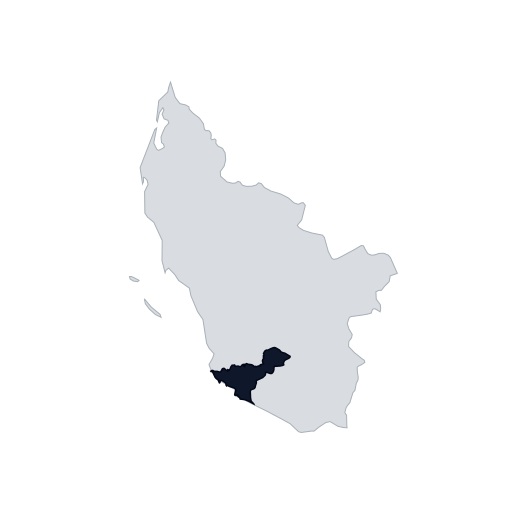 location of Cortés within Honduras, rotated 249°
{"feature_id": "HND-647", "entity_name": "Cortés", "entity_type": "Department", "adm_level": 1, "iso_a3": "HND", "parent_name": "Honduras", "parent_adm1": "", "projection": "robinson", "projection_center": [-87.947, 15.362], "detail": "fine", "context": "in_parent", "style": "filled", "palette": "ink", "viewbox_px": 512, "rotation_deg": 249, "n_neighbors": 0, "source": "natural_earth", "source_scale": "10m", "svg_char_len": 5218}
<svg xmlns="http://www.w3.org/2000/svg" viewBox="0 0 512 512"><g transform="rotate(249 256 256)"><path d="M449.0,238.5L433.0,237.4L425.5,239.6L422.2,244.5L419.3,246.8L417.0,246.3L412.2,248.2L404.9,252.6L398.4,254.3L392.6,253.2L390.9,254.3L390.5,255.7L389.6,257.1L387.3,257.9L384.7,257.5L381.8,255.9L380.3,256.6L380.1,259.4L378.5,260.2L375.6,258.9L372.2,259.9L368.5,263.3L363.3,264.1L356.5,262.1L351.3,258.4L347.6,252.9L343.1,251.5L335.4,255.6L332.2,260.3L331.5,263.2L332.2,265.9L330.8,267.6L327.2,268.5L324.5,271.8L322.6,277.3L322.2,281.7L323.4,284.7L321.6,286.9L316.9,288.4L311.3,293.2L304.9,301.4L298.5,307.1L292.1,310.4L289.1,314.0L289.3,317.9L288.9,319.2L287.7,319.6L285.6,320.2L273.4,311.6L269.8,305.5L266.8,306.5L262.9,309.5L257.5,316.3L251.7,325.5L248.9,326.5L234.4,325.1L226.7,325.9L225.1,327.2L224.4,330.5L224.8,335.1L226.9,351.3L228.1,358.0L227.0,360.0L223.1,360.3L218.0,361.3L215.2,364.3L214.5,367.5L214.3,371.9L212.7,376.4L209.5,379.7L206.4,380.9L189.1,381.7L189.4,374.2L184.4,371.2L181.5,364.9L179.0,360.7L179.9,358.2L179.6,355.1L172.6,352.8L166.0,354.6L162.1,353.5L159.4,351.9L164.2,348.1L164.5,345.9L163.0,344.3L161.4,343.2L161.8,339.0L162.8,334.0L165.5,322.4L164.5,320.4L160.1,316.9L154.5,316.6L148.3,317.7L145.4,315.9L142.8,311.9L138.4,310.0L130.6,313.2L122.3,318.0L119.8,319.7L117.7,319.5L116.8,315.9L116.4,311.7L115.9,310.6L111.5,309.1L106.3,308.0L103.7,306.8L101.2,304.0L95.1,300.2L93.7,297.5L85.5,291.1L83.8,288.0L82.0,285.7L78.0,282.8L74.9,283.5L64.5,279.8L63.0,279.5L64.4,276.3L67.7,271.4L74.8,265.9L75.5,261.5L73.6,253.0L71.7,247.5L72.7,245.0L75.0,235.1L76.7,232.8L87.1,227.8L88.0,227.1L96.2,220.1L105.2,212.3L114.6,203.7L125.1,194.2L130.9,188.5L133.6,186.1L139.6,188.1L144.4,183.6L147.1,182.0L153.6,176.6L155.6,175.4L166.3,173.2L171.5,173.2L176.1,178.8L179.7,181.8L186.5,179.2L192.2,178.6L215.7,183.7L225.0,181.5L242.2,181.0L249.9,182.3L260.8,175.0L267.8,173.5L276.0,170.1L274.9,166.7L272.9,165.1L285.4,166.6L304.1,174.0L324.0,172.7L331.1,168.7L335.8,167.6L356.1,175.1L361.5,180.9L365.7,181.5L369.0,180.2L369.8,179.0L365.8,177.7L364.0,175.9L380.1,179.5L410.4,206.9L411.1,209.1L398.1,201.0L391.3,201.6L389.5,202.9L389.9,207.4L390.6,209.5L393.5,209.7L395.7,208.5L401.0,209.9L404.5,212.9L408.9,217.4L411.4,222.3L414.2,222.4L416.9,219.4L422.0,219.1L425.4,222.4L427.8,222.2L424.4,217.1L416.6,212.0L418.5,211.8L435.8,220.9L440.7,232.4L444.8,235.0L449.0,238.5ZM245.9,139.9L235.9,145.5L232.8,145.4L237.4,141.1L244.7,137.4L251.0,135.6L256.1,136.4L245.9,139.9ZM279.9,134.0L275.2,138.1L274.4,136.3L276.6,132.5L279.5,130.3L282.2,130.5L281.6,132.1L279.9,134.0Z" fill="#d9dde1" stroke="#a8b0b8" stroke-width="1"/><path d="M132.8,189.0L133.2,188.1L133.1,187.3L133.3,186.7L134.1,186.4L134.4,186.5L137.2,188.7L138.8,189.3L140.4,188.5L144.0,184.2L145.5,183.1L145.2,182.0L145.8,181.8L148.3,182.2L151.9,179.7L152.3,178.8L152.5,178.1L152.1,177.7L151.4,177.5L150.9,177.0L150.6,176.5L150.8,176.3L153.5,176.2L154.5,175.9L155.5,175.1L157.3,174.4L162.7,174.0L163.8,173.6L164.2,172.6L164.7,172.5L164.9,174.1L164.5,174.8L163.9,175.2L163.2,175.9L162.9,176.6L162.3,178.3L161.8,179.0L160.9,180.2L160.5,180.8L160.5,181.5L161.5,182.7L161.7,183.7L162.2,183.5L162.6,183.9L162.8,184.5L162.8,185.3L162.4,186.1L161.9,186.4L161.0,186.7L159.1,188.1L158.8,188.8L159.9,189.0L159.0,190.2L160.0,191.5L161.6,192.9L162.6,194.6L162.4,194.8L162.0,196.6L162.0,196.9L161.6,197.1L161.2,197.1L160.8,196.9L160.6,196.9L160.2,197.8L159.9,199.0L159.6,200.0L159.0,200.5L158.3,201.8L158.5,202.8L159.1,203.7L159.4,204.6L159.2,205.9L158.7,205.7L158.0,205.2L157.3,205.2L156.9,205.8L157.4,206.3L158.1,206.7L158.7,207.4L159.0,208.4L158.7,208.9L157.8,209.8L156.3,212.6L155.9,213.2L155.6,213.4L155.3,213.6L154.8,214.1L154.4,214.3L153.6,214.6L153.3,214.7L153.2,215.0L153.3,215.4L153.3,215.7L153.1,216.0L152.4,216.9L152.5,217.4L152.5,217.8L152.4,218.3L152.2,218.8L152.4,219.5L151.8,220.6L152.1,221.1L152.3,221.1L152.7,220.9L152.9,221.0L152.9,221.9L152.7,222.9L152.8,223.4L152.6,224.1L152.6,224.4L152.9,224.6L154.1,224.2L155.3,224.3L156.0,224.5L156.9,225.3L157.2,225.6L157.4,225.9L157.4,226.2L157.6,226.6L157.9,226.6L158.8,226.6L159.1,226.7L159.3,227.0L159.5,227.0L160.2,227.1L160.4,227.4L160.6,228.0L160.9,228.2L161.3,228.2L162.2,228.0L164.1,230.1L164.1,230.5L164.4,231.3L164.4,231.8L164.4,232.2L164.3,232.4L164.1,232.6L164.0,233.1L163.9,233.6L164.2,236.8L164.2,239.1L163.9,240.6L162.9,241.7L160.1,244.0L158.9,244.6L157.5,245.0L157.3,245.2L155.9,246.7L155.0,248.1L150.1,251.9L149.4,251.5L149.0,250.8L148.7,249.6L148.5,246.7L148.1,245.0L146.1,243.1L144.7,243.0L144.4,242.9L144.3,241.7L144.7,238.8L145.0,238.2L145.9,234.9L146.7,234.0L146.4,233.5L146.0,233.3L145.5,232.9L145.1,232.6L143.7,232.1L141.9,230.8L141.2,229.8L140.7,228.7L141.1,227.3L143.6,224.3L144.0,223.2L142.7,222.8L141.9,222.2L141.4,221.8L140.1,218.7L139.6,211.8L139.4,211.4L137.9,211.1L137.3,210.8L136.4,210.1L135.5,209.3L133.7,208.1L133.3,207.6L133.0,207.1L132.9,206.7L132.8,206.3L132.8,205.8L133.0,205.0L132.9,204.6L132.8,203.9L132.9,203.3L132.8,203.1L132.4,202.7L131.5,202.1L125.6,200.1L122.3,199.5L118.8,200.9L118.7,200.9L123.0,197.2L125.9,194.1L127.8,190.5L128.1,190.0L129.4,190.0L130.4,189.5L131.3,189.0L132.4,188.5L132.8,189.0Z" fill="#0f172a" stroke="#020617" stroke-width="1.5"/></g></svg>